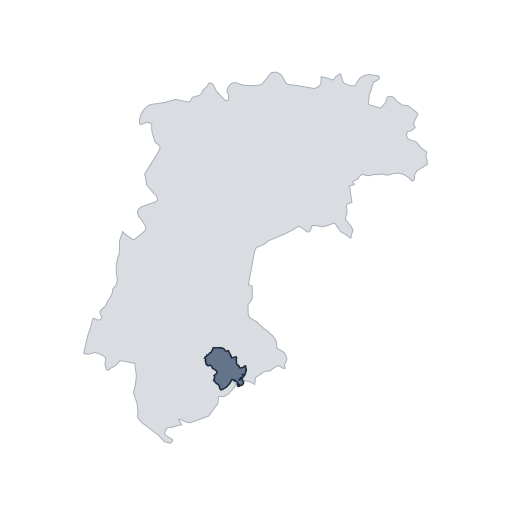 Dubreka, Dubréka, Guinea (highlighted), rotated 281°
{"feature_id": "49546643B20116898332008", "entity_name": "Dubreka", "entity_type": "district", "adm_level": 2, "iso_a3": "GIN", "parent_name": "Guinea", "parent_adm1": "Dubréka", "projection": "mercator", "projection_center": [-13.536, 10.125], "detail": "fine", "context": "in_parent", "style": "filled", "palette": "slate", "viewbox_px": 512, "rotation_deg": 281, "n_neighbors": 0, "source": "geoboundaries", "source_scale": "gbopen_adm2", "svg_char_len": 6716}
<svg xmlns="http://www.w3.org/2000/svg" viewBox="0 0 512 512"><g transform="rotate(281 256 256)"><path d="M314.8,337.0L310.7,336.4L308.8,337.2L303.3,343.7L299.9,346.3L294.8,345.5L292.9,346.0L291.5,345.2L293.4,341.6L296.1,334.5L302.9,327.4L303.0,325.9L300.3,321.7L297.3,316.0L297.3,309.8L296.8,305.4L290.7,304.2L289.6,303.4L289.5,301.9L292.9,294.3L293.1,292.8L292.7,291.4L289.0,287.5L283.2,280.2L273.3,265.4L269.6,262.2L266.1,257.7L264.7,254.8L261.0,253.8L226.4,254.0L225.8,257.9L213.8,260.5L206.5,257.5L198.3,259.2L194.3,261.2L191.3,269.9L189.5,271.7L187.8,275.6L186.2,277.7L184.4,282.0L180.5,288.1L176.4,292.0L169.5,294.2L167.3,300.6L165.7,303.0L163.0,304.9L160.2,306.1L154.5,304.8L151.3,306.0L150.8,304.4L152.6,299.3L151.2,296.7L145.7,291.4L145.2,288.8L143.5,285.5L136.4,278.8L129.7,279.2L131.5,273.5L131.4,265.9L129.2,261.8L129.7,257.6L128.5,257.8L126.3,260.7L122.7,259.8L115.4,255.3L111.7,251.0L111.3,247.2L110.4,245.8L108.2,246.6L103.6,246.5L89.7,239.9L79.8,223.2L79.6,219.5L81.0,213.0L80.6,211.2L76.1,215.5L75.2,212.7L71.7,206.0L70.7,202.1L67.4,200.4L64.7,200.1L62.6,201.4L59.9,209.2L57.9,209.2L55.8,207.5L56.2,201.6L61.6,194.3L70.6,175.9L73.8,171.6L75.8,170.2L80.0,170.0L88.3,167.5L98.5,161.8L106.2,162.2L115.4,161.5L127.4,157.5L127.5,145.1L127.1,142.3L122.9,139.9L120.4,137.7L118.3,134.9L115.7,133.0L115.8,130.9L121.1,128.3L125.9,128.3L127.6,127.3L128.8,125.5L130.2,121.0L130.6,116.3L127.4,109.9L127.6,105.4L145.2,106.0L154.8,107.3L162.7,107.6L164.0,108.7L162.9,113.1L163.9,115.6L166.6,116.3L171.0,113.3L173.3,114.0L178.2,117.8L182.8,118.8L187.8,120.9L192.5,122.0L196.7,121.8L199.9,124.0L205.7,124.6L213.3,121.9L219.3,120.8L227.6,120.5L232.0,121.4L244.7,119.2L254.7,120.4L253.2,121.9L248.6,131.8L249.1,133.6L259.3,142.0L261.7,142.7L264.5,141.5L268.9,137.6L272.3,133.4L275.7,131.4L279.5,131.5L282.6,134.4L289.9,146.9L291.7,148.5L293.4,148.5L296.6,146.1L298.2,143.4L304.9,135.2L315.3,131.1L340.0,140.5L343.6,141.2L345.7,140.5L348.8,134.9L358.1,130.2L362.6,128.9L365.1,128.7L366.1,127.2L366.6,124.9L366.0,122.5L363.2,118.3L363.1,117.0L364.7,116.2L368.3,115.6L372.9,116.0L378.0,117.9L382.2,120.5L384.6,123.7L389.2,136.9L394.4,147.2L394.2,161.0L396.5,162.4L399.1,163.0L400.2,164.1L402.8,169.8L405.2,171.5L408.0,171.8L413.3,175.5L416.8,176.9L417.2,178.0L417.1,179.5L415.8,181.5L410.6,185.3L408.1,188.5L402.8,196.3L402.7,197.8L403.8,198.9L406.0,199.1L408.3,198.5L413.1,195.7L416.9,196.7L420.6,198.8L421.9,201.1L422.3,204.1L421.4,207.9L421.3,212.2L422.5,219.5L424.4,226.8L426.3,229.4L438.5,235.8L439.7,238.2L440.3,240.9L439.4,244.6L438.2,246.7L431.5,252.4L430.5,255.1L431.0,260.1L431.5,281.4L434.1,285.0L437.2,286.8L444.5,285.8L444.3,291.7L443.4,298.3L447.6,300.3L449.8,302.4L451.0,304.2L444.2,307.7L442.3,309.8L441.3,315.3L441.6,320.4L450.6,324.0L454.1,328.3L455.7,332.7L456.2,341.1L455.4,343.0L453.1,343.0L448.5,337.9L441.4,337.4L436.2,336.4L427.5,337.1L426.0,338.6L425.0,349.7L427.1,351.6L431.3,353.7L434.0,354.6L436.3,354.3L438.0,355.7L438.4,359.3L437.2,362.0L434.9,364.5L432.0,370.9L432.6,376.7L427.7,386.1L426.3,387.9L419.8,386.1L415.5,385.5L412.5,387.8L408.2,384.2L407.4,381.3L405.9,380.7L403.1,380.7L400.4,382.3L399.3,385.3L398.7,391.3L393.9,397.0L390.6,404.0L386.7,403.4L385.8,404.2L381.7,406.1L378.2,406.6L377.2,404.7L375.2,403.2L372.9,400.2L370.3,397.7L365.3,396.0L363.3,396.8L360.9,396.6L359.4,395.6L359.6,394.2L362.2,390.5L363.7,387.1L364.5,383.4L364.5,379.9L363.1,374.9L360.9,370.9L360.3,368.6L360.6,365.4L360.1,362.3L359.3,360.8L358.3,355.0L356.9,353.9L356.2,349.3L356.4,344.6L354.5,342.8L351.4,341.5L349.6,339.7L348.5,337.6L347.4,337.0L346.5,337.1L345.6,338.4L344.6,338.7L342.8,334.3L342.1,334.1L340.8,335.1L326.7,340.0L324.9,335.8L322.2,335.1L317.6,336.8L314.8,337.0Z" fill="#d9dde1" stroke="#a8b0b8" stroke-width="1"/><path d="M130.1,257.0L130.0,257.3L130.1,259.0L129.6,259.8L129.1,260.2L129.0,260.4L128.6,261.4L128.1,262.0L127.0,262.8L126.8,263.4L126.5,263.7L126.4,264.0L126.6,264.3L126.2,264.9L126.0,265.4L125.9,265.7L126.0,266.2L126.2,266.5L127.1,267.3L127.5,267.6L128.1,267.8L129.2,268.0L129.8,267.9L130.8,267.0L131.1,267.0L131.6,266.4L131.9,266.2L132.1,266.0L132.5,265.1L132.2,264.5L131.7,264.1L131.2,263.4L131.2,263.0L131.5,263.1L131.6,263.5L131.8,263.6L132.2,263.9L132.5,264.0L133.3,263.4L133.0,263.8L132.9,264.4L133.0,264.6L133.8,264.6L134.0,264.7L133.9,264.9L133.7,264.9L133.4,265.2L133.4,265.3L133.6,265.9L133.8,266.1L134.8,266.5L136.0,266.4L136.4,266.3L136.3,266.5L136.5,266.4L136.5,266.2L136.8,265.9L136.8,265.6L137.1,265.3L137.2,265.5L137.0,266.3L136.5,267.0L136.7,267.4L137.5,267.9L138.0,267.8L140.0,268.1L141.3,267.8L141.4,268.3L143.0,268.1L143.9,267.7L144.0,267.4L145.1,267.0L146.1,266.7L145.9,266.0L144.3,264.7L143.3,262.6L143.1,261.7L143.2,261.0L144.6,260.5L144.8,260.4L145.1,260.0L145.1,259.7L145.4,259.2L145.2,258.9L145.6,258.5L147.4,257.0L149.3,256.9L150.2,256.2L152.0,256.5L152.3,256.3L152.5,256.3L153.2,255.6L152.6,254.3L152.0,252.9L151.4,251.5L151.7,251.0L152.9,250.8L153.3,250.5L153.5,250.0L154.2,249.6L154.7,249.5L155.1,248.8L157.8,247.1L157.8,246.4L157.3,246.1L156.8,245.4L156.8,244.8L157.2,243.9L157.6,243.6L158.3,242.9L159.0,241.7L159.0,240.6L159.3,240.0L159.4,239.4L159.2,239.1L159.0,238.2L159.0,237.1L158.6,236.2L158.3,234.5L158.1,233.8L157.8,232.0L157.9,231.6L157.2,231.3L156.8,231.3L156.5,231.4L155.6,231.2L154.3,230.6L152.8,230.3L152.6,230.4L152.3,229.8L152.1,229.1L151.7,228.8L151.2,228.8L150.1,228.2L149.5,227.2L149.4,226.6L148.6,226.8L148.3,226.8L148.1,226.4L147.9,226.3L147.5,225.7L147.4,225.7L147.2,225.3L146.4,225.3L146.2,225.1L145.7,225.0L145.5,225.6L145.2,226.0L144.9,226.2L144.6,226.4L144.5,226.5L143.7,226.2L143.2,226.2L143.0,226.4L142.7,226.8L142.3,227.2L142.1,227.3L141.8,227.3L141.7,227.3L141.4,227.2L141.2,227.1L140.9,227.2L140.5,227.6L140.2,228.1L140.2,228.6L139.6,228.6L139.0,230.0L139.7,230.9L140.1,231.3L140.1,231.7L139.9,231.9L139.9,232.5L138.9,233.8L138.4,234.2L137.8,234.4L137.3,235.0L137.2,235.6L136.9,236.5L135.5,239.4L135.0,239.6L134.1,239.8L133.3,239.7L132.3,239.1L131.6,238.4L131.1,238.2L130.7,237.6L129.6,238.3L128.1,238.7L127.5,238.3L126.8,238.3L126.1,238.3L125.5,238.2L125.3,239.1L123.7,240.9L123.3,241.3L123.0,242.6L121.8,244.4L120.3,245.3L119.9,245.2L118.3,246.4L118.0,246.7L118.0,247.6L118.2,247.9L118.9,248.9L119.9,249.9L120.3,250.5L121.5,251.8L122.9,252.7L123.6,253.3L126.4,254.7L127.0,255.1L127.6,255.1L128.0,255.2L129.2,255.6L129.6,255.9L129.9,255.8L130.4,256.0L130.1,257.0ZM125.7,263.3L125.8,263.1L126.3,262.6L127.4,261.9L127.5,261.8L127.4,261.8L126.6,262.0L125.9,262.4L125.3,262.5L124.9,262.7L124.6,263.4L124.6,263.8L124.9,264.4L125.4,264.4L125.7,263.3ZM129.4,259.5L129.8,259.1L129.9,258.7L129.8,258.0L129.4,258.8L129.5,259.0L129.3,259.3L129.3,259.5L129.4,259.5Z" fill="#64748b" stroke="#1e293b" stroke-width="1.5"/></g></svg>